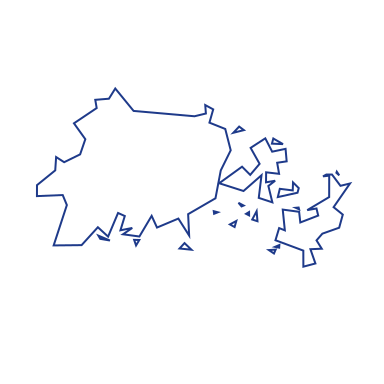 Manggarai Barat, Nusa Tenggara Timur, Indonesia (Albers equal-area conic projection), rotated 195°
{"feature_id": "22746128B27819456459641", "entity_name": "Manggarai Barat", "entity_type": "district", "adm_level": 2, "iso_a3": "IDN", "parent_name": "Indonesia", "parent_adm1": "Nusa Tenggara Timur", "projection": "albers", "projection_center": [119.785, -8.574], "detail": "medium", "context": "isolated", "style": "outline", "palette": "blue", "viewbox_px": 384, "rotation_deg": 195, "n_neighbors": 0, "source": "geoboundaries", "source_scale": "gbopen_adm2", "svg_char_len": 1938}
<svg xmlns="http://www.w3.org/2000/svg" viewBox="0 0 384 384"><g transform="rotate(195 192 192)"><path d="M311.8,104.6L284.9,112.1L273.8,133.6L261.5,127.2L258.0,152.6L250.7,151.4L251.2,136.5L240.4,141.8L247.7,133.3L231.3,135.4L224.8,158.5L216.6,148.6L198.3,162.8L183.5,149.2L190.0,169.6L167.7,192.0L169.8,220.3L165.4,242.3L176.2,261.5L193.1,263.5L192.9,277.3L201.7,279.4L198.9,271.4L209.2,265.8L269.4,255.2L292.9,272.1L296.4,260.6L309.3,256.0L305.8,248.4L323.8,227.8L308.7,215.4L309.8,199.4L323.2,187.7L332.3,190.6L329.7,177.5L343.5,158.5L340.7,147.9L316.1,155.6L309.5,147.0L311.8,104.6ZM65.1,148.7L54.3,154.9L62.8,167.4L52.0,170.8L59.2,177.5L55.3,185.5L40.6,195.6L40.5,209.2L51.3,214.0L41.6,241.1L50.2,236.4L61.3,245.1L66.8,243.6L69.5,241.0L63.7,243.3L58.2,222.6L76.0,204.3L67.5,208.3L64.0,201.9L79.5,190.6L83.4,200.6L99.8,198.5L92.4,179.0L98.5,179.7L98.9,167.0L69.3,164.2L65.1,148.7ZM126.0,203.6L111.7,202.8L119.8,217.6L114.6,224.4L123.0,220.5L125.5,230.2L112.6,232.1L117.3,242.3L108.5,246.1L112.8,257.9L125.0,251.7L135.1,262.8L146.8,249.8L134.0,236.7L140.2,223.6L150.2,229.4L168.0,207.5L142.5,206.3L129.2,226.2L126.0,203.6ZM107.8,209.3L89.9,218.6L89.9,223.4L96.9,227.4L95.1,219.6L108.0,217.8L107.8,209.3ZM167.4,259.9L157.9,265.2L163.4,267.4L167.4,259.9ZM127.3,259.4L116.5,261.8L127.3,264.7L127.3,259.4ZM189.4,134.2L177.6,136.1L186.0,140.7L189.4,134.2ZM268.5,123.0L258.7,123.9L271.1,125.6L268.5,123.0ZM147.0,170.5L141.8,169.2L141.7,175.5L147.0,170.5ZM126.7,181.0L121.2,180.7L124.6,190.2L126.7,181.0ZM235.5,130.8L232.2,125.9L230.5,132.0L235.5,130.8ZM144.3,193.6L140.4,190.9L138.6,192.3L144.3,193.6ZM102.7,155.8L96.9,153.8L96.3,158.0L102.7,155.8ZM97.6,160.5L93.4,160.8L93.9,163.4L97.6,160.5ZM57.5,247.9L54.1,246.2L57.4,249.1L57.5,247.9ZM165.0,176.7L161.8,179.1L166.0,179.1L165.0,176.7ZM134.1,184.9L130.8,184.2L131.7,187.4L134.1,184.9ZM87.7,203.6L84.1,203.0L85.0,204.6L87.7,203.6Z" fill="none" stroke="#1e3a8a" stroke-width="2"/></g></svg>